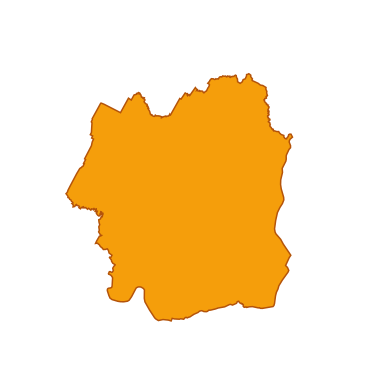 outline of Tha Phae, Satun, Thailand, rotated 294°
{"feature_id": "78962969B83222523917082", "entity_name": "Tha Phae", "entity_type": "district", "adm_level": 2, "iso_a3": "THA", "parent_name": "Thailand", "parent_adm1": "Satun", "projection": "mercator", "projection_center": [99.941, 6.801], "detail": "fine", "context": "isolated", "style": "filled", "palette": "amber", "viewbox_px": 384, "rotation_deg": 294, "n_neighbors": 0, "source": "geoboundaries", "source_scale": "gbopen_adm2", "svg_char_len": 6031}
<svg xmlns="http://www.w3.org/2000/svg" viewBox="0 0 384 384"><g transform="rotate(294 192 192)"><path d="M301.2,162.9L300.4,163.0L297.7,162.2L297.5,163.7L297.0,164.4L294.8,164.5L293.5,164.2L290.1,164.1L289.3,163.3L287.7,162.8L287.4,162.3L287.5,161.8L288.2,161.1L288.4,160.6L287.8,158.9L287.2,158.5L287.7,157.7L287.0,157.3L286.8,156.0L287.5,155.6L286.8,155.0L287.8,155.0L287.7,154.5L288.8,152.6L279.2,150.7L279.8,149.7L278.1,148.8L278.5,148.3L279.2,148.4L280.0,147.8L279.5,147.0L279.7,145.5L272.4,144.2L272.5,142.8L253.4,141.0L253.2,140.5L253.8,140.0L252.5,139.9L251.6,139.4L251.2,138.3L250.5,137.9L250.7,137.1L250.0,136.8L249.9,136.0L247.5,134.0L248.5,133.7L248.1,132.5L248.4,131.7L247.9,131.0L247.9,130.2L247.0,128.5L247.3,127.2L245.9,127.1L245.5,126.0L245.7,124.4L246.0,124.3L245.6,123.7L246.2,123.3L246.2,122.3L248.5,120.5L249.9,118.5L250.6,118.5L250.6,117.7L251.3,117.8L251.5,117.3L252.2,117.0L252.0,116.3L252.2,115.8L252.6,115.7L252.8,116.0L253.8,115.3L253.8,113.7L254.9,111.6L255.3,111.4L256.9,111.6L257.5,111.0L257.5,110.0L258.6,110.0L258.0,109.0L258.3,109.0L258.5,108.6L258.1,107.3L260.0,105.7L260.0,105.2L260.7,104.6L260.4,104.2L261.0,104.2L261.1,103.8L261.1,102.7L260.3,102.5L260.4,102.3L259.5,101.3L258.8,101.7L257.1,99.6L251.3,99.1L251.9,95.8L235.4,94.4L236.4,76.0L236.3,73.0L236.0,72.5L218.3,71.0L217.7,71.5L215.1,71.5L214.5,72.5L205.5,75.9L203.0,75.8L202.8,78.4L200.5,78.4L200.3,80.5L197.1,80.5L193.3,81.3L178.6,80.4L178.3,81.6L174.0,81.3L174.0,82.1L172.6,81.9L171.9,82.1L171.1,81.9L170.6,81.3L169.4,81.1L168.7,80.4L167.7,79.9L161.9,79.2L147.1,78.2L143.2,78.0L141.0,78.2L139.2,77.6L137.9,80.0L137.1,80.8L136.5,80.9L136.5,82.3L135.6,83.2L135.4,84.8L134.5,85.6L134.0,87.4L133.1,87.7L132.6,87.1L131.9,88.8L130.0,89.4L131.1,90.8L132.2,90.9L132.7,91.5L133.2,91.2L133.6,91.5L132.9,92.6L133.2,93.2L133.1,94.9L131.7,95.0L131.3,96.9L132.9,97.2L133.1,98.6L133.7,98.2L134.4,98.6L134.4,98.8L133.9,99.0L133.8,100.4L134.6,101.3L134.2,101.8L133.8,103.7L135.0,104.0L135.1,104.3L134.3,106.9L134.8,107.2L135.7,107.1L136.0,108.5L137.1,109.1L136.8,109.9L136.3,109.4L135.8,109.5L137.6,111.4L137.0,111.7L136.1,111.3L135.8,111.5L134.8,111.4L134.8,111.9L135.4,112.0L135.9,113.3L133.5,113.4L132.4,115.4L132.2,116.6L132.6,117.2L134.1,117.2L134.5,117.8L134.9,117.6L134.9,116.9L136.1,117.0L136.9,116.7L137.0,117.4L136.1,118.2L136.4,119.2L135.8,119.6L135.1,118.5L134.6,119.1L134.5,119.7L133.1,120.0L132.9,119.1L132.3,119.6L131.9,119.2L130.2,119.3L128.7,118.1L126.5,119.4L124.6,121.0L122.3,121.0L119.3,122.9L117.6,122.9L115.5,125.9L115.6,127.0L114.7,126.5L114.0,125.4L108.4,124.8L105.8,124.8L106.7,126.2L106.8,126.7L106.3,127.6L106.2,128.7L105.2,130.0L104.6,131.5L104.4,132.6L103.4,134.4L104.4,136.4L105.6,137.6L105.6,137.9L104.5,139.5L102.5,141.1L101.7,144.6L99.5,144.5L99.1,144.1L99.0,143.3L98.5,143.3L97.2,145.9L96.0,146.7L94.7,148.6L94.3,151.3L93.9,151.4L92.6,150.9L90.6,150.6L89.7,150.8L88.4,152.0L87.3,152.0L86.4,151.8L85.9,151.2L86.0,149.6L85.6,148.9L83.4,148.9L83.0,149.3L83.1,151.1L82.8,152.2L81.9,153.7L81.2,154.4L73.5,157.3L72.2,157.4L71.4,156.8L70.0,154.7L69.2,154.3L68.3,154.4L67.4,154.8L63.7,158.1L61.7,160.3L61.2,162.7L62.0,168.8L62.8,171.6L64.0,174.4L66.0,177.5L67.6,178.6L71.9,179.4L81.3,180.0L82.2,180.4L83.5,181.6L84.2,183.2L84.4,184.4L84.1,186.8L83.3,188.3L75.4,191.7L72.5,193.7L67.0,201.1L61.9,209.0L61.3,210.5L60.9,213.6L63.7,217.4L65.4,222.6L65.7,225.4L68.5,225.3L68.9,227.6L70.7,232.3L71.6,233.2L72.4,236.2L73.9,236.6L75.1,237.5L75.0,238.8L76.5,240.1L76.9,240.8L81.0,243.4L84.4,246.5L86.1,247.3L86.9,248.2L87.6,249.3L87.6,251.5L88.5,253.8L89.3,254.7L90.8,255.4L91.7,257.1L94.7,261.0L96.7,263.1L100.4,268.6L104.4,272.0L105.0,272.9L105.2,275.0L108.4,277.9L110.3,278.0L111.2,279.1L110.2,280.5L110.1,281.5L110.4,282.1L109.9,282.6L110.4,283.5L110.0,283.7L109.9,284.7L108.6,285.1L108.6,285.5L108.0,286.1L108.0,286.8L108.8,287.8L108.7,288.6L109.2,288.9L109.1,289.3L110.4,291.0L111.9,293.9L113.1,299.7L113.7,300.7L113.5,301.6L114.3,303.6L120.3,312.6L121.7,313.0L123.8,312.7L131.2,310.5L134.8,309.9L138.2,310.0L141.7,309.5L148.1,310.3L157.7,312.3L159.7,312.3L161.9,309.9L162.9,307.4L171.5,307.5L174.4,308.0L181.5,296.6L184.8,292.3L187.9,285.7L189.2,284.2L191.9,282.4L200.1,280.0L208.0,278.4L213.6,278.6L218.2,279.3L222.1,279.1L224.4,277.9L231.2,272.2L234.8,269.9L239.2,268.1L246.7,266.7L250.3,264.8L258.4,265.2L260.4,264.7L263.2,263.4L264.5,263.2L270.4,263.3L272.5,264.0L274.4,263.2L277.0,260.6L278.1,260.1L280.0,260.1L283.0,261.5L285.1,258.9L284.5,257.6L283.6,257.0L281.9,257.3L279.9,256.7L279.1,256.8L278.8,256.2L278.8,255.0L279.7,253.5L281.0,252.9L280.8,250.0L281.5,248.0L282.5,246.6L281.7,245.0L281.4,242.4L281.0,241.7L281.4,241.0L282.3,240.8L282.4,240.1L282.1,239.9L282.0,239.4L283.2,238.0L283.5,236.9L284.1,236.1L285.2,236.2L285.6,235.6L286.7,235.2L287.2,233.2L287.9,233.5L288.7,233.3L289.4,233.9L290.1,233.6L290.3,233.2L290.0,232.0L290.8,231.8L291.2,230.7L292.2,230.1L292.5,230.1L292.9,230.8L294.0,230.9L294.3,230.6L294.6,229.5L295.1,229.5L295.5,229.9L296.2,229.0L296.4,229.7L296.8,229.6L296.8,229.2L297.6,228.9L297.5,228.3L297.7,227.9L300.4,228.0L301.1,227.7L301.1,227.2L302.0,226.0L302.3,226.1L302.2,225.3L302.6,224.9L302.4,224.4L303.2,224.0L303.6,222.5L304.7,220.9L305.1,221.0L305.5,220.3L306.2,220.7L307.0,220.5L307.9,221.7L308.2,221.4L308.8,221.4L309.4,220.9L310.0,221.5L310.5,221.3L310.9,221.6L312.1,220.4L313.8,219.5L314.3,219.5L316.0,217.6L317.6,217.1L318.1,213.3L317.5,211.0L318.2,208.3L318.3,201.7L318.8,201.2L319.9,201.2L321.3,198.7L322.6,198.2L323.1,196.4L323.1,195.7L322.6,195.5L321.5,194.1L320.0,194.6L317.3,194.6L316.8,194.4L315.5,193.0L313.1,193.1L310.8,191.8L311.3,188.8L313.8,187.5L314.9,185.9L316.3,185.1L316.5,184.3L315.7,183.6L314.5,183.2L314.4,182.3L313.6,181.7L313.5,181.1L312.2,180.3L312.2,180.0L313.2,179.4L312.5,178.5L312.5,177.4L311.3,177.0L311.3,176.2L311.6,175.6L310.7,174.1L310.6,172.9L309.2,172.4L309.1,171.5L308.2,170.4L305.9,170.0L305.8,169.3L305.0,168.1L305.1,167.7L304.3,167.4L303.9,166.6L304.1,165.6L303.4,163.6L301.2,162.9Z" fill="#f59e0b" stroke="#b45309" stroke-width="1.5"/></g></svg>